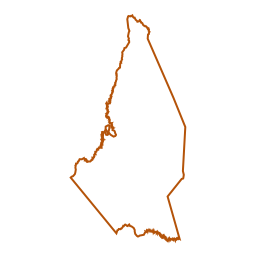 outline of Carurú, Vaupés, Colombia
{"feature_id": "7082276B59007066817761", "entity_name": "Carurú", "entity_type": "district", "adm_level": 2, "iso_a3": "COL", "parent_name": "Colombia", "parent_adm1": "Vaupés", "projection": "equal_earth", "projection_center": [-71.474, 1.148], "detail": "fine", "context": "isolated", "style": "outline", "palette": "amber", "viewbox_px": 256, "rotation_deg": 0, "n_neighbors": 0, "source": "geoboundaries", "source_scale": "gbopen_adm2", "svg_char_len": 5896}
<svg xmlns="http://www.w3.org/2000/svg" viewBox="0 0 256 256"><path d="M179.6,238.9L167.6,196.5L181.7,178.9L183.0,178.6L183.3,178.1L183.8,174.8L182.9,171.0L185.3,127.0L173.5,97.9L147.7,38.7L148.0,34.6L148.4,34.1L148.9,33.9L148.9,33.0L149.5,31.8L148.7,30.9L149.0,29.8L148.5,28.4L147.8,28.9L146.6,26.8L146.0,26.3L145.3,26.4L144.9,25.9L144.3,25.9L143.1,24.9L142.3,23.1L141.1,22.6L141.1,22.0L140.4,21.3L140.0,20.1L139.8,20.0L138.8,21.4L137.4,21.7L137.2,21.1L135.6,19.7L134.6,17.6L133.7,17.7L133.0,16.8L132.4,16.5L132.5,15.6L132.4,15.4L131.7,15.9L130.9,15.9L130.3,16.4L128.7,16.0L128.1,16.4L127.3,19.2L128.3,28.0L129.4,31.0L128.8,32.3L128.0,36.3L128.9,38.7L128.4,40.0L129.1,40.8L129.2,42.2L126.1,47.5L124.4,48.1L124.1,49.7L122.2,52.3L122.5,54.1L122.2,55.5L122.4,56.1L121.8,58.2L122.1,59.4L121.8,59.7L121.3,61.3L120.8,61.6L121.1,62.6L120.6,62.6L120.6,63.4L120.2,63.7L120.0,67.6L119.0,68.0L118.8,68.5L117.0,70.3L116.6,71.2L116.1,73.2L116.3,74.0L116.7,74.2L116.3,75.0L116.8,75.8L116.5,77.7L116.7,79.1L116.0,80.8L115.9,81.6L115.4,82.5L115.5,82.9L115.1,83.1L115.4,85.2L115.0,85.5L114.6,85.1L114.4,85.4L114.4,86.7L113.2,87.1L112.9,88.0L113.2,88.3L112.7,88.8L113.0,89.3L112.5,90.0L112.9,90.1L113.0,91.0L112.3,91.3L112.6,92.6L112.3,92.8L112.2,92.2L111.8,94.1L110.9,95.0L111.4,96.0L111.0,96.1L110.9,95.5L110.5,95.9L111.2,97.7L111.0,98.1L110.5,97.3L110.6,99.2L110.2,98.4L109.8,98.6L109.9,99.9L110.4,99.9L110.4,100.5L110.2,100.6L109.3,99.9L109.3,100.7L109.0,101.1L109.3,102.4L109.7,102.6L110.0,102.0L110.3,102.2L109.9,103.3L109.2,103.3L108.1,104.0L107.4,103.8L107.0,103.1L106.7,103.8L106.6,102.9L106.2,103.5L107.2,105.2L106.9,106.9L107.8,106.7L107.7,107.3L106.7,108.0L106.5,108.5L107.4,108.7L107.7,109.5L107.3,110.0L107.4,110.7L107.5,110.9L107.9,110.6L108.0,111.4L107.6,111.7L107.8,112.2L107.5,112.5L108.1,112.4L107.4,113.9L106.4,114.4L106.5,115.1L106.1,115.5L106.3,116.1L106.1,116.7L106.7,117.2L107.4,116.8L107.5,117.8L108.2,117.5L108.0,116.7L108.7,117.0L109.3,118.2L109.0,119.4L109.4,119.3L109.8,119.9L109.6,121.3L109.1,122.0L109.7,122.5L109.7,123.1L110.2,122.7L111.0,123.0L111.3,123.6L111.8,123.4L111.5,124.1L111.6,124.5L111.2,124.9L111.3,125.4L111.6,124.8L112.1,125.0L112.1,126.9L112.6,127.1L112.0,127.7L113.4,128.1L112.6,128.7L112.5,130.1L114.1,130.6L114.7,131.3L115.3,133.5L116.0,134.7L115.9,135.2L115.3,136.0L113.6,136.6L110.5,134.7L108.5,132.2L109.3,128.4L109.4,126.6L109.2,125.7L108.1,125.3L105.7,126.6L105.6,128.8L108.0,133.3L108.0,134.4L107.6,134.9L106.2,134.8L104.7,131.4L104.3,132.3L103.6,132.8L102.8,131.9L102.0,132.1L102.1,132.6L102.6,132.5L103.3,133.2L103.0,133.6L102.3,133.2L102.0,133.5L102.1,133.8L102.5,133.6L102.6,134.1L103.1,134.2L103.0,135.7L102.4,135.1L101.5,135.0L101.6,135.7L102.7,136.2L102.5,136.6L101.9,136.7L102.3,137.5L101.8,138.1L102.3,138.9L103.1,138.0L103.4,138.9L102.4,139.3L103.3,139.7L102.3,140.0L103.1,140.9L102.9,141.5L102.2,141.1L102.4,141.5L102.5,142.5L102.3,142.7L101.9,142.0L101.4,142.4L101.1,143.2L101.2,143.5L101.7,143.4L101.8,144.0L102.4,144.1L102.4,144.5L101.2,144.1L100.6,145.4L101.1,145.9L100.7,146.9L101.2,147.2L101.6,146.9L101.6,147.8L100.2,147.7L99.9,147.4L99.6,147.6L99.2,147.3L99.0,147.6L99.3,148.0L98.3,148.6L98.3,149.1L98.0,149.0L97.9,149.5L97.3,149.2L97.1,149.9L96.8,149.9L96.4,151.6L95.9,151.8L95.7,152.3L95.4,152.2L95.5,152.9L95.0,153.4L95.2,153.8L94.9,153.7L94.7,154.5L94.2,154.8L94.5,155.9L94.1,156.9L93.8,156.8L93.7,157.3L93.2,157.5L93.2,158.1L92.8,158.0L93.0,158.4L92.5,158.7L92.5,159.3L91.9,159.6L92.0,159.9L91.4,160.0L91.3,160.5L90.2,161.5L88.5,161.4L87.7,161.9L87.0,161.9L86.3,161.2L86.6,160.7L86.4,160.3L86.7,160.2L86.4,159.6L85.9,159.2L85.2,159.7L85.3,159.2L84.6,159.3L84.6,158.8L84.0,158.6L83.9,158.1L81.8,159.3L79.6,159.2L78.6,161.3L78.0,161.5L77.8,161.9L77.8,162.5L77.5,163.1L77.1,163.5L76.0,163.6L75.9,165.0L75.4,165.5L75.6,166.5L75.4,167.7L75.8,169.5L75.3,172.6L74.8,174.2L73.0,176.2L71.6,176.7L70.7,177.6L116.4,233.3L117.4,230.3L118.1,230.1L118.8,229.0L120.5,229.2L120.9,228.6L121.5,228.6L122.8,226.9L123.2,225.9L123.8,226.1L124.9,224.7L125.5,224.6L127.0,225.9L127.7,226.1L128.4,225.1L129.2,224.5L130.1,226.1L131.4,226.3L133.7,228.0L134.7,230.0L134.7,231.4L135.2,233.8L136.8,235.8L137.8,236.5L138.5,236.4L139.6,235.6L143.8,234.8L144.8,232.9L145.2,232.8L145.4,233.3L145.3,232.4L145.7,232.0L145.6,231.7L146.0,231.9L146.3,231.5L146.3,232.0L146.5,231.9L146.3,231.2L146.6,230.7L146.9,231.5L147.0,230.6L147.3,230.6L147.2,230.2L147.6,230.2L147.6,230.8L147.8,230.7L147.9,231.1L148.1,230.5L148.6,230.2L149.3,230.6L149.4,229.9L149.8,230.3L150.0,230.0L149.9,230.6L150.2,230.9L150.2,231.5L151.0,231.5L151.1,231.1L151.3,231.5L151.7,231.6L151.7,231.2L152.1,231.1L152.2,231.8L152.8,231.9L152.9,231.4L153.2,232.0L153.4,231.5L153.5,232.2L153.8,231.6L153.9,232.1L154.5,232.1L154.7,232.6L155.3,232.2L155.4,232.8L155.5,232.2L155.9,232.4L156.8,231.7L157.2,232.0L156.8,232.3L157.2,232.6L157.1,233.0L157.5,232.7L157.8,232.9L157.9,232.2L158.2,232.6L158.2,233.4L158.5,233.0L159.5,232.9L159.6,233.3L160.1,233.7L159.8,234.0L159.9,234.9L160.8,235.0L160.7,235.5L160.2,235.4L160.1,235.7L160.9,236.1L161.0,236.6L161.3,236.5L161.5,236.9L161.8,236.9L162.1,237.4L162.3,237.1L162.9,237.7L163.0,237.5L162.8,236.9L162.5,237.1L162.6,236.4L162.9,236.4L162.9,235.6L163.5,235.8L163.8,235.5L164.2,236.9L164.5,236.6L164.4,236.1L165.1,236.7L164.7,236.7L165.3,237.4L165.0,237.8L165.6,238.3L165.1,238.5L165.2,239.0L166.2,239.9L166.5,239.8L167.0,240.6L167.4,240.6L167.3,240.0L167.7,240.1L167.8,240.6L168.3,240.1L168.0,239.9L168.3,239.6L168.2,239.2L168.4,239.0L168.6,239.4L168.6,238.8L168.9,238.4L169.2,239.9L169.6,238.9L169.8,239.3L170.1,238.9L170.6,238.9L170.8,239.6L171.1,239.1L171.6,239.1L172.9,239.9L172.8,239.3L173.6,239.4L173.4,238.8L174.5,239.2L174.6,238.7L174.9,238.9L174.9,239.3L175.3,240.3L175.5,239.6L175.8,239.7L175.8,240.1L176.3,239.8L176.5,238.5L176.8,238.2L177.4,238.8L177.7,238.4L178.1,238.7L178.2,238.1L179.6,238.9Z" fill="none" stroke="#b45309" stroke-width="2"/></svg>